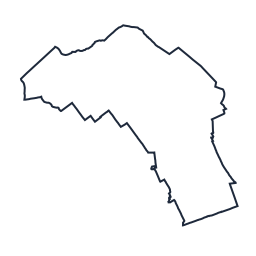 Dumbrava, Timis, Romania (Albers equal-area conic projection), rotated 174°
{"feature_id": "2599482B982820047734", "entity_name": "Dumbrava", "entity_type": "district", "adm_level": 2, "iso_a3": "ROU", "parent_name": "Romania", "parent_adm1": "Timis", "projection": "albers", "projection_center": [22.126, 45.823], "detail": "fine", "context": "isolated", "style": "outline", "palette": "slate", "viewbox_px": 256, "rotation_deg": 174, "n_neighbors": 0, "source": "geoboundaries", "source_scale": "gbopen_adm2", "svg_char_len": 5560}
<svg xmlns="http://www.w3.org/2000/svg" viewBox="0 0 256 256"><g transform="rotate(174 128 128)"><path d="M229.3,188.1L229.3,187.5L229.1,186.7L228.5,185.6L227.7,184.8L227.4,184.2L227.0,183.4L226.7,181.8L226.6,180.7L226.5,179.2L226.5,178.6L226.8,176.8L227.0,175.1L227.3,173.6L227.4,172.9L227.2,171.5L227.3,170.6L227.4,169.7L228.1,167.0L227.1,166.9L224.9,167.0L224.1,167.0L222.9,167.1L221.9,167.3L218.0,167.4L215.3,167.6L214.9,167.7L214.0,167.8L212.6,167.8L211.0,168.2L210.9,167.3L210.7,166.5L210.4,165.7L209.3,163.9L208.5,162.7L206.1,161.7L205.0,161.5L204.2,161.4L203.7,161.1L202.5,160.2L202.0,159.4L201.6,158.8L201.5,158.2L201.4,157.7L201.0,157.3L200.5,156.9L200.1,156.8L200.0,156.7L199.8,156.6L199.3,156.5L198.4,156.1L197.5,155.9L197.2,155.7L196.4,155.6L196.0,155.7L195.4,155.6L195.0,155.3L194.8,154.9L194.8,154.5L194.7,154.1L194.5,153.7L193.9,152.9L193.7,152.6L193.3,152.3L193.0,151.9L192.7,151.9L181.0,158.8L180.5,157.8L178.9,155.3L178.3,154.2L177.2,152.5L174.9,148.4L173.4,145.9L172.3,143.9L171.7,143.0L170.0,140.4L167.5,141.9L163.9,144.0L162.1,140.8L160.2,137.7L154.1,141.4L154.4,141.9L152.9,142.9L148.3,145.7L147.0,146.3L146.0,147.1L145.4,147.4L144.5,146.0L143.3,144.0L142.6,143.1L142.0,142.1L139.7,137.7L137.8,134.6L137.4,134.1L137.2,133.6L136.5,132.4L136.0,131.5L135.7,131.1L135.6,130.8L135.3,130.5L135.0,129.9L130.9,131.7L128.6,133.0L127.3,130.8L125.6,128.0L121.0,120.0L119.8,118.1L119.5,117.3L116.0,111.5L115.6,111.1L114.1,108.1L113.9,107.8L113.4,106.6L112.3,104.7L112.1,104.0L111.4,103.1L110.8,102.2L110.5,101.4L105.3,100.9L104.4,100.9L104.4,100.5L104.7,100.3L104.7,100.1L104.4,99.9L104.3,93.9L104.2,93.4L104.3,90.6L104.1,85.7L104.8,85.6L105.4,85.9L105.4,86.1L105.2,86.5L105.4,87.0L105.8,87.3L106.2,87.3L106.6,87.2L107.1,87.1L108.0,87.2L108.4,86.7L109.1,85.2L109.1,84.8L108.8,84.5L108.2,84.4L107.6,84.4L107.1,84.6L106.7,84.5L106.4,84.2L105.8,84.0L104.8,81.9L103.3,77.0L101.7,71.5L101.5,71.2L97.3,72.9L97.0,72.1L96.6,71.1L96.3,70.8L96.0,70.0L95.8,69.4L95.5,68.8L94.6,66.9L93.6,65.0L92.8,62.8L92.7,62.0L92.8,61.2L92.7,60.8L92.6,60.3L92.8,59.5L94.1,58.6L93.2,56.7L93.4,56.5L93.5,56.3L93.4,56.0L93.0,55.6L92.8,55.1L92.9,54.8L93.2,54.5L93.5,54.6L93.8,54.7L94.2,54.6L94.3,54.3L94.0,54.1L93.9,54.1L93.9,53.9L94.0,53.8L94.5,53.8L94.5,53.6L94.3,53.4L94.2,53.2L94.0,52.9L94.5,52.7L94.6,51.9L94.9,51.1L95.1,50.7L95.5,50.5L95.4,49.8L95.0,49.8L94.0,49.6L93.8,49.7L91.9,50.6L91.3,51.0L90.8,51.0L89.7,51.6L89.4,51.3L89.0,50.6L88.6,49.7L88.4,48.7L88.3,48.2L87.4,45.9L86.9,44.5L86.5,42.8L85.7,41.1L85.1,39.4L84.8,38.7L84.2,37.0L83.9,35.7L81.7,29.9L81.7,29.7L81.9,29.5L82.0,29.3L83.2,28.0L83.2,27.7L83.3,26.7L83.5,25.4L83.4,25.4L83.1,25.5L81.6,25.8L79.5,26.4L78.1,26.7L77.2,27.0L76.7,27.1L76.0,27.3L75.2,27.4L72.8,28.0L71.5,28.3L69.6,28.8L69.3,28.9L68.2,29.2L67.7,29.2L66.8,29.5L65.3,29.7L63.1,30.3L62.0,30.8L61.1,31.0L60.6,31.2L60.1,31.2L59.7,31.3L59.4,31.4L59.0,31.5L58.7,31.7L58.4,31.7L58.3,31.9L56.9,32.1L56.6,31.9L55.8,32.2L54.7,32.2L53.6,32.3L48.4,33.7L47.1,34.2L44.3,34.8L44.1,34.9L44.0,34.7L42.7,35.0L35.0,36.8L32.5,37.6L27.2,38.9L29.1,47.2L32.4,60.9L32.6,62.0L26.7,62.1L26.7,62.5L27.1,62.9L27.6,63.4L28.1,63.7L28.2,63.8L28.8,65.0L29.5,65.9L30.6,67.7L31.0,68.7L31.7,69.6L32.5,71.0L32.8,71.9L32.9,72.2L33.1,72.5L33.2,72.9L33.8,73.7L34.3,74.5L35.0,75.9L36.6,78.9L37.4,80.6L38.0,82.0L38.3,82.9L38.4,83.6L39.0,85.0L39.5,86.9L40.2,88.6L40.2,88.8L40.3,89.1L40.5,89.3L40.7,89.8L41.4,92.0L41.7,92.8L42.4,94.7L42.5,95.2L42.6,95.9L43.2,97.7L43.4,98.7L43.9,100.5L44.2,101.5L45.7,105.9L44.8,106.2L45.1,106.9L45.7,108.5L45.6,108.8L45.9,109.1L46.2,109.3L46.3,109.5L46.3,109.8L46.2,109.8L45.9,109.8L45.4,109.3L45.1,109.2L44.9,109.2L44.7,109.3L44.6,109.6L44.5,109.8L44.4,110.3L44.1,110.6L44.2,110.9L44.9,112.6L45.5,113.7L45.4,113.8L45.2,113.7L44.9,113.5L44.3,114.0L44.0,114.0L43.8,114.1L43.7,114.3L43.7,114.5L43.8,114.5L43.8,114.9L43.8,116.4L43.5,120.6L43.1,126.0L43.7,127.8L38.6,129.5L37.2,130.0L31.6,131.9L30.7,132.3L30.6,132.5L30.6,133.4L31.2,135.9L28.5,136.8L28.7,137.1L29.7,138.0L30.0,138.7L30.4,140.1L31.0,140.9L32.1,141.9L32.9,143.0L30.5,146.3L29.1,149.4L28.7,151.1L28.6,152.1L28.6,152.9L28.7,153.8L29.4,156.3L30.1,156.8L30.8,157.1L32.1,157.6L36.9,160.0L35.6,164.2L35.7,164.5L47.3,179.6L48.9,181.8L56.4,189.2L59.3,192.3L69.3,202.5L69.5,202.6L72.6,201.0L79.1,197.2L88.9,205.3L89.4,205.5L91.2,207.1L91.6,207.4L91.9,207.8L93.2,209.9L94.8,211.6L96.1,213.4L97.0,214.4L98.0,215.2L98.3,215.9L98.8,216.5L99.1,216.5L99.3,216.7L99.5,216.9L100.0,217.8L100.6,218.6L102.2,220.3L102.6,221.7L103.2,223.3L106.6,225.5L107.9,226.9L111.4,227.7L113.5,228.0L115.1,228.5L116.2,229.0L120.4,230.1L121.9,230.6L122.4,230.5L123.3,229.9L124.5,229.4L125.8,229.0L126.3,229.0L127.5,228.3L128.4,227.7L129.8,226.9L133.3,224.2L133.9,223.9L138.5,220.6L139.9,219.4L140.7,218.7L142.5,217.4L143.3,217.7L144.6,217.9L145.4,217.7L145.9,217.6L146.6,218.0L147.2,218.1L150.3,217.5L151.7,217.1L151.9,217.0L152.4,216.0L152.7,215.9L153.7,214.9L154.5,214.5L154.9,213.6L155.6,213.1L158.0,211.8L158.9,211.3L159.4,211.1L159.8,211.2L160.3,211.2L161.4,211.0L162.8,210.0L163.5,210.1L164.1,210.0L165.1,209.5L165.8,209.5L166.7,209.5L167.6,209.7L168.2,210.0L168.6,210.4L169.0,210.5L170.0,210.4L170.7,210.2L171.3,210.0L171.7,209.5L172.5,209.1L173.1,209.2L173.6,209.4L174.6,209.4L175.0,209.5L175.4,209.6L175.8,209.3L176.2,208.7L176.4,208.5L178.4,207.9L179.4,207.5L181.0,207.2L182.4,207.1L184.1,207.6L185.3,208.1L186.3,208.8L186.9,209.9L187.5,211.6L188.4,213.3L188.8,213.9L189.4,214.6L190.2,215.3L192.0,216.4L193.0,215.3L195.6,213.4L204.2,207.0L223.1,193.0L229.3,188.1Z" fill="none" stroke="#1e293b" stroke-width="2"/></g></svg>